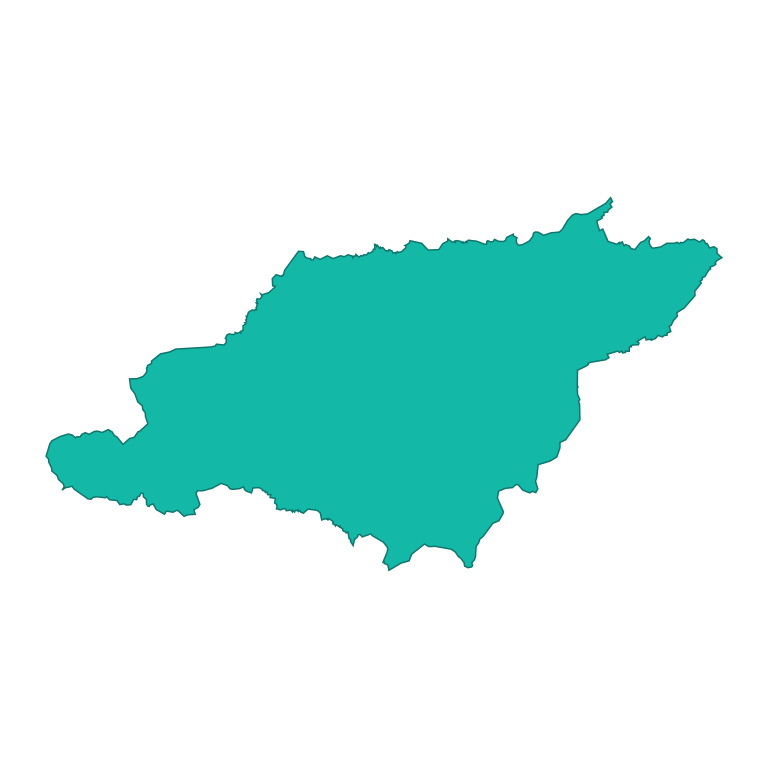 Khanu Woralaksaburi, Kamphaeng Phet, Thailand (Robinson projection)
{"feature_id": "78962969B71867994659832", "entity_name": "Khanu Woralaksaburi", "entity_type": "district", "adm_level": 2, "iso_a3": "THA", "parent_name": "Thailand", "parent_adm1": "Kamphaeng Phet", "projection": "robinson", "projection_center": [99.636, 16.012], "detail": "fine", "context": "isolated", "style": "filled", "palette": "teal", "viewbox_px": 768, "rotation_deg": 0, "n_neighbors": 0, "source": "geoboundaries", "source_scale": "gbopen_adm2", "svg_char_len": 6090}
<svg xmlns="http://www.w3.org/2000/svg" viewBox="0 0 768 768"><path d="M721.9,257.7L717.1,253.5L716.9,248.7L713.8,246.7L709.6,248.0L707.1,243.5L705.7,243.6L704.1,240.6L702.5,239.8L699.5,242.0L694.4,239.2L689.9,239.9L687.9,239.0L683.1,242.8L680.7,242.4L679.4,243.7L677.1,242.3L674.3,243.3L666.8,243.3L660.7,247.0L653.6,248.1L651.9,247.9L649.5,244.3L649.1,240.9L650.4,238.6L648.6,236.6L644.4,240.8L640.5,242.5L635.0,249.5L631.1,248.6L629.4,246.1L625.6,244.6L624.0,245.7L622.2,241.9L619.9,243.6L619.7,242.4L618.5,242.9L617.4,244.4L608.1,241.5L602.8,229.1L599.5,230.6L596.7,221.2L602.2,218.1L601.6,216.6L604.0,215.3L604.0,212.4L607.6,212.1L608.3,210.0L611.9,207.1L610.0,203.8L612.5,201.7L610.6,197.7L605.7,203.4L587.7,213.9L581.4,214.6L575.7,213.6L572.4,215.1L567.6,220.4L562.2,229.5L559.2,232.1L551.1,232.8L543.7,235.3L538.2,232.2L535.3,232.0L533.5,233.1L532.8,236.5L529.2,241.1L522.3,244.8L518.6,245.2L516.7,243.3L516.2,240.2L517.0,237.8L513.5,235.9L513.3,234.2L506.8,237.3L505.3,240.5L503.5,241.5L498.5,241.3L494.5,239.4L493.3,241.4L491.1,242.0L487.7,240.7L486.7,241.7L486.8,243.8L484.7,244.3L476.6,241.2L468.2,240.2L466.7,242.7L466.3,241.4L463.7,243.1L462.9,241.8L462.0,242.8L460.8,241.4L456.9,240.6L455.0,241.0L455.2,242.3L454.2,241.5L452.5,242.4L447.8,238.8L447.7,241.1L442.8,243.6L438.9,249.6L428.1,250.1L421.7,243.3L410.0,240.7L409.2,243.2L405.0,245.5L405.9,245.8L405.9,247.6L401.6,251.7L398.5,252.4L397.3,251.6L396.0,253.6L395.3,252.5L393.1,253.1L391.9,250.9L390.0,250.0L388.6,249.9L388.4,251.0L385.5,250.7L382.8,247.5L380.9,248.2L380.3,247.2L379.4,248.3L377.5,245.4L376.7,246.4L375.9,244.6L374.6,244.3L375.0,249.3L373.4,249.2L373.0,250.9L369.7,253.5L368.4,252.6L366.4,255.1L363.7,254.8L362.4,256.2L361.0,255.5L359.0,257.2L355.9,254.4L355.6,256.1L353.9,256.0L352.8,257.8L352.3,256.1L348.1,254.8L344.3,256.7L340.5,255.8L333.1,258.6L327.2,255.8L320.1,259.4L314.8,256.9L313.4,259.8L311.6,260.2L310.5,258.6L306.9,258.1L304.7,256.4L303.5,251.6L298.5,251.3L284.6,270.3L283.3,275.4L282.1,275.3L281.6,276.4L276.1,274.7L272.3,278.7L272.7,285.9L275.3,286.3L274.5,287.5L268.8,292.6L262.1,294.8L260.9,294.0L262.0,296.2L259.9,299.3L257.1,298.7L256.5,300.6L257.7,303.3L256.3,303.0L257.3,304.7L256.1,307.6L256.6,309.7L255.1,309.5L254.4,310.6L252.3,309.9L248.4,312.3L247.1,316.5L246.3,316.2L246.7,318.8L245.7,319.9L246.4,321.5L245.8,323.1L244.9,322.9L245.6,324.1L243.1,325.8L243.0,330.4L240.7,331.4L240.8,332.9L240.0,332.1L237.5,333.3L235.2,332.5L235.4,333.5L233.5,334.6L229.2,333.9L227.1,334.8L225.3,338.4L226.3,339.0L226.2,342.4L224.1,345.0L216.4,344.2L215.3,346.0L210.7,347.0L175.7,349.1L169.9,351.9L160.4,353.9L151.5,361.1L151.5,363.5L147.9,365.3L146.5,368.4L146.9,370.5L145.9,373.3L143.0,376.5L137.2,378.7L129.5,378.9L130.8,388.3L134.9,393.8L137.8,401.9L142.3,405.9L142.9,409.8L145.2,412.5L145.5,416.7L147.9,423.8L139.6,431.4L138.1,431.7L134.2,437.3L129.6,438.5L122.9,444.4L116.8,436.8L114.4,435.7L112.2,432.0L108.3,429.6L102.1,432.5L97.4,431.1L94.3,431.5L89.2,434.3L85.2,432.7L81.7,434.4L80.1,436.9L76.8,436.8L75.8,437.9L71.9,434.9L68.3,434.0L60.2,436.5L52.0,440.7L49.8,443.9L46.1,456.3L48.6,459.1L48.7,462.0L51.6,468.0L51.9,471.2L57.0,475.3L58.6,479.6L63.2,483.6L64.2,486.7L62.1,490.1L65.2,487.8L72.1,486.3L74.1,489.1L88.0,498.9L91.2,499.2L93.1,497.3L97.3,496.8L105.4,497.8L106.7,496.7L109.6,499.8L117.0,500.5L119.8,504.6L124.0,503.8L126.4,505.1L130.8,504.7L133.7,499.3L136.6,499.7L137.7,496.5L139.5,496.2L140.8,493.3L141.9,493.0L143.2,493.7L143.4,496.8L146.4,499.4L146.5,503.8L147.5,505.9L149.2,506.4L149.7,505.2L153.2,503.9L156.2,509.5L164.5,514.2L166.4,511.1L173.0,512.2L176.3,510.5L178.1,510.7L184.1,516.3L187.6,514.8L195.2,514.3L193.9,509.7L198.2,507.3L199.9,504.4L196.0,493.6L197.5,490.7L202.7,490.8L211.9,488.3L221.2,483.4L227.5,485.6L230.0,488.8L232.4,489.3L239.3,488.7L243.8,486.8L244.3,489.3L246.4,491.2L251.5,492.9L252.9,488.0L259.0,487.6L262.0,489.2L262.5,490.6L264.5,490.8L265.5,492.5L267.2,492.2L267.6,494.6L270.8,494.8L270.0,497.5L275.4,498.4L274.6,503.0L276.2,503.9L277.2,506.7L276.5,508.8L280.5,509.9L283.7,508.6L285.7,509.2L286.2,510.7L290.9,510.1L292.4,511.9L292.8,510.3L294.6,512.1L295.4,510.2L297.4,510.8L297.9,510.0L298.4,511.6L300.1,510.6L300.8,512.1L303.4,513.2L308.0,509.1L317.0,510.3L320.3,512.9L321.7,520.0L325.5,518.7L327.0,519.4L327.3,518.6L328.2,518.7L328.3,519.7L329.4,518.8L333.5,522.0L332.8,522.8L333.2,524.3L335.0,524.7L335.4,525.9L336.1,524.8L338.8,526.4L340.2,526.1L339.8,527.3L342.6,528.6L342.8,530.4L344.1,531.5L345.6,531.6L346.2,533.0L348.0,532.2L349.1,538.7L350.7,539.4L350.5,541.4L353.1,545.5L354.5,539.6L357.6,536.7L358.0,535.0L360.2,534.5L362.2,536.9L370.9,533.9L372.2,535.6L383.4,542.2L387.0,546.7L387.8,548.6L387.1,552.4L383.0,562.1L384.4,562.1L384.2,563.4L387.8,564.9L389.0,570.3L401.0,563.1L409.0,560.9L411.8,554.0L424.5,544.0L428.8,546.6L435.1,546.3L451.2,549.2L455.4,552.1L458.4,556.7L460.8,558.3L464.1,562.6L464.6,566.1L468.0,567.7L471.7,566.9L472.6,565.4L471.8,562.7L474.4,559.9L475.5,556.5L476.1,546.3L478.6,543.0L479.8,539.2L483.2,536.3L492.8,523.3L499.0,520.7L503.1,513.4L503.2,511.3L497.4,498.1L498.6,491.1L505.6,488.3L512.5,487.6L516.0,484.5L518.4,484.9L522.6,490.0L525.8,491.4L529.9,492.8L532.5,491.4L535.8,492.6L537.8,488.8L535.5,481.3L536.8,477.0L538.1,464.7L550.1,461.0L556.8,457.0L559.9,448.0L560.0,442.4L565.7,439.8L579.9,419.8L579.6,404.7L578.6,401.2L579.8,399.7L577.6,394.6L577.4,391.1L577.3,387.1L578.0,386.9L577.3,385.6L577.5,370.3L586.6,365.8L588.3,364.5L588.0,363.3L590.9,362.2L605.4,359.8L609.0,357.6L607.1,354.3L617.7,351.1L619.4,352.4L621.8,351.2L622.6,352.9L625.5,352.4L625.5,351.1L629.3,351.3L629.3,347.0L631.4,346.8L631.1,345.6L633.5,344.9L638.4,344.8L639.0,343.0L637.1,341.4L645.0,336.8L646.1,339.9L651.1,339.1L651.2,340.2L655.5,338.5L658.0,335.4L662.4,336.9L664.8,335.2L667.0,335.3L667.1,333.1L670.8,331.6L669.2,326.4L671.1,325.3L673.4,320.6L677.4,316.1L676.8,312.7L684.3,307.9L695.0,295.6L694.8,291.2L701.3,283.1L700.1,281.1L702.2,279.8L702.1,277.7L704.9,276.6L708.6,270.2L710.6,269.0L710.1,267.1L714.1,265.6L715.8,264.1L715.1,263.1L716.7,260.7L721.9,257.7Z" fill="#14b8a6" stroke="#0f766e" stroke-width="1.5"/></svg>